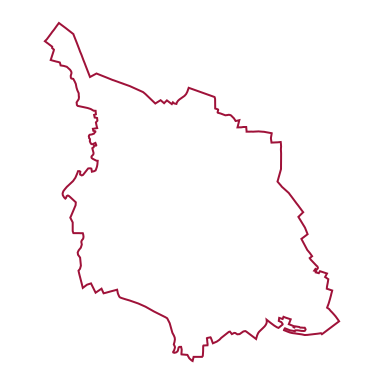 the district of Nam Tu Liem, Ha Noi, Vietnam
{"feature_id": "81297802B23821385944469", "entity_name": "Nam Tu Liem", "entity_type": "district", "adm_level": 2, "iso_a3": "VNM", "parent_name": "Vietnam", "parent_adm1": "Ha Noi", "projection": "albers", "projection_center": [105.76, 21.018], "detail": "fine", "context": "isolated", "style": "outline", "palette": "rose", "viewbox_px": 384, "rotation_deg": 0, "n_neighbors": 0, "source": "geoboundaries", "source_scale": "gbopen_adm2", "svg_char_len": 5706}
<svg xmlns="http://www.w3.org/2000/svg" viewBox="0 0 384 384"><path d="M58.9,23.0L56.6,26.1L54.1,29.6L53.3,30.6L52.1,32.1L51.2,33.4L50.0,35.0L46.8,39.3L44.9,41.2L52.2,46.7L52.1,48.0L53.9,49.6L53.7,50.8L50.7,60.0L52.0,60.4L56.8,61.7L57.9,61.9L59.8,62.5L60.2,63.7L60.6,65.4L61.1,65.5L63.7,65.9L66.8,66.8L70.1,69.8L71.2,71.5L71.5,72.9L71.3,73.9L70.7,75.9L70.9,77.8L71.4,78.5L73.3,78.9L74.7,81.5L75.8,83.9L76.5,87.6L77.4,90.4L78.7,93.2L78.8,96.3L79.0,96.9L78.7,99.2L77.7,100.7L76.6,102.4L76.9,105.0L77.7,105.9L80.1,106.4L83.9,107.2L87.6,108.0L90.7,109.0L93.6,110.7L95.6,110.8L95.9,114.3L94.1,114.9L94.6,117.1L94.7,117.5L94.9,117.5L97.1,118.0L97.4,120.7L96.7,121.5L95.9,122.4L95.9,122.5L96.5,125.4L96.9,127.0L97.2,128.1L95.3,128.4L93.8,128.7L92.9,128.8L93.3,130.8L95.3,131.3L95.4,131.6L95.3,132.0L94.7,132.5L94.0,133.6L91.9,134.4L90.1,134.7L89.6,134.8L89.0,135.6L88.8,136.3L89.1,137.3L89.1,138.1L89.9,139.0L90.0,140.0L89.8,141.1L90.0,141.8L90.8,143.4L91.3,144.0L92.3,144.3L95.4,142.9L96.3,145.2L95.9,145.7L94.1,145.7L94.1,145.9L93.6,147.3L92.3,148.2L92.7,149.8L93.5,152.7L93.5,153.8L93.2,154.6L91.7,156.2L91.4,157.0L91.7,158.0L92.7,158.8L96.4,160.7L97.7,160.8L97.6,161.8L97.4,164.3L97.0,166.5L96.1,169.2L96.0,169.3L95.6,170.4L94.1,171.2L91.9,171.7L91.5,169.2L91.3,168.6L90.2,168.3L89.2,168.3L88.1,168.5L86.9,170.0L83.2,174.7L82.7,175.1L81.7,175.4L80.1,174.5L80.2,172.1L80.3,171.6L79.4,171.1L78.0,171.2L77.4,173.0L75.4,177.7L73.1,181.0L66.8,186.9L64.7,189.4L63.3,191.3L62.6,193.4L62.8,195.2L64.1,197.4L65.3,198.6L65.9,198.1L66.7,196.1L67.9,195.5L68.9,196.0L70.1,197.0L75.8,202.3L75.6,205.2L71.1,215.9L70.7,216.7L70.3,217.7L72.7,222.4L72.7,231.1L73.4,233.1L82.8,233.2L83.2,234.5L83.5,236.4L83.4,237.7L83.1,238.8L82.0,240.1L81.5,241.1L81.3,242.0L81.5,242.8L81.8,244.6L80.8,247.7L78.7,250.3L77.7,252.4L78.0,254.7L80.1,257.6L80.9,265.7L80.0,268.8L78.5,270.7L79.3,274.2L81.7,283.5L82.8,287.9L87.0,284.7L91.0,283.4L95.6,292.7L101.5,288.7L103.6,293.3L105.7,292.8L111.1,291.3L115.3,290.2L117.1,289.7L117.3,290.6L117.9,293.5L119.0,296.1L119.4,296.8L120.2,297.5L122.1,298.2L123.7,298.7L124.6,299.0L129.7,300.5L138.3,303.5L145.5,306.7L154.0,311.5L160.8,314.9L165.4,317.2L167.2,318.3L169.7,323.2L171.4,329.3L172.4,332.8L173.9,335.6L174.7,337.6L174.9,339.4L174.5,342.0L173.9,344.0L173.8,344.6L174.3,345.3L175.0,347.1L174.7,348.5L174.0,350.6L173.2,351.7L173.2,352.4L173.6,352.6L174.5,352.8L176.1,352.4L177.5,351.4L178.1,349.9L178.5,347.9L178.9,347.2L179.5,346.9L181.1,346.9L181.7,349.6L181.6,351.5L181.4,353.9L181.5,354.4L187.4,354.9L189.3,358.3L191.7,360.5L192.6,361.0L193.6,356.9L202.0,356.9L202.8,355.9L203.1,351.6L203.2,346.0L203.5,345.5L207.5,345.3L207.6,344.2L207.3,341.9L207.2,340.5L207.1,339.5L206.9,338.2L207.1,338.0L210.5,337.3L210.7,337.5L211.2,338.8L211.6,339.7L212.5,342.3L212.9,343.3L216.8,341.6L219.5,339.7L221.2,337.9L228.8,331.9L229.9,331.6L231.9,334.1L234.2,332.9L235.3,333.0L237.3,334.3L239.6,334.1L243.3,331.5L244.4,331.2L245.5,331.1L246.7,331.9L256.1,339.0L256.3,338.3L257.1,335.5L258.1,333.2L259.0,331.9L260.5,330.4L262.8,328.2L264.7,326.3L265.9,324.6L266.6,323.0L266.8,321.2L266.6,319.7L270.9,323.1L274.4,325.7L277.0,327.3L278.5,327.9L281.8,325.2L282.6,324.5L282.5,323.7L281.3,322.1L278.8,321.0L278.8,320.6L279.2,317.9L282.6,319.0L283.2,317.5L283.5,316.8L285.5,317.6L290.7,319.3L288.8,324.2L290.1,324.7L293.4,326.0L293.5,327.2L294.4,327.5L295.0,326.3L299.3,327.0L300.2,327.6L301.7,327.6L304.0,327.8L304.7,327.7L305.2,328.4L305.6,329.4L305.3,330.1L304.8,330.8L304.0,331.0L301.6,330.9L297.6,330.3L295.3,330.3L294.9,331.2L292.3,330.7L290.0,330.3L288.2,329.6L285.0,328.3L284.5,329.0L284.2,329.5L284.0,330.2L285.6,330.8L287.5,331.6L289.9,332.5L292.5,333.1L294.2,333.3L294.9,333.4L301.9,334.4L304.6,335.0L305.2,335.0L307.3,334.9L315.0,334.0L317.7,333.7L321.0,333.2L321.9,334.2L323.3,333.2L339.1,321.3L338.2,320.0L337.3,318.7L335.4,316.1L334.9,315.6L334.6,315.2L334.1,314.6L333.8,314.3L332.2,312.5L331.4,311.7L331.0,311.3L330.2,310.4L329.9,310.0L329.6,309.7L329.2,309.1L327.1,307.7L327.6,306.3L328.6,303.7L330.0,299.0L331.0,295.3L331.1,294.8L331.3,293.9L331.5,293.2L331.7,292.4L331.9,291.8L332.2,290.5L326.8,288.7L326.9,288.0L326.9,287.3L327.1,286.0L327.7,283.0L328.3,279.2L325.1,277.0L327.0,273.5L320.0,271.2L318.8,273.2L315.8,272.4L316.2,271.3L314.2,270.7L315.5,268.9L316.3,269.4L317.0,269.2L317.7,268.5L317.9,267.8L317.4,266.5L316.7,265.9L315.9,265.1L310.7,259.6L309.7,258.1L312.1,256.2L309.9,253.1L307.3,250.0L301.4,238.9L306.3,235.2L307.6,234.2L305.0,227.7L298.4,216.9L303.2,212.2L302.7,211.6L301.5,210.0L298.2,205.5L296.4,203.2L294.7,200.9L294.1,200.1L291.2,196.2L290.1,194.8L288.8,193.0L281.7,186.6L281.3,186.0L277.5,181.6L281.0,169.1L281.1,155.1L281.1,153.2L280.9,149.5L281.0,147.5L281.1,146.8L280.9,143.6L280.7,142.0L278.0,142.3L271.5,142.6L270.9,138.1L271.7,133.4L271.7,133.2L265.6,132.1L264.0,131.8L262.3,131.7L258.5,131.4L252.7,131.7L251.2,131.6L249.2,131.7L246.6,131.7L246.6,131.4L246.2,127.0L245.4,127.0L243.3,127.0L241.3,127.3L237.5,127.4L239.3,120.2L237.7,120.6L235.6,121.0L234.0,118.4L231.0,115.4L229.8,114.9L229.7,114.9L228.6,114.8L227.1,115.1L226.5,115.1L225.6,115.3L225.1,115.2L220.6,113.5L218.0,112.8L217.7,112.6L217.6,112.3L217.7,111.9L218.2,109.9L218.1,109.6L217.9,109.4L215.2,108.5L215.1,99.0L214.7,97.3L214.5,97.0L188.7,87.8L187.3,91.8L186.1,94.1L184.5,95.9L182.5,97.3L179.4,99.5L178.0,100.8L177.1,102.1L176.6,103.2L176.4,103.9L174.1,103.4L172.9,102.3L171.8,104.1L166.9,100.4L164.1,103.2L160.6,100.2L155.3,103.5L145.4,94.0L143.1,92.1L129.8,86.1L123.9,84.0L113.1,80.1L112.9,80.1L107.0,77.7L102.2,75.8L96.5,73.5L90.0,77.0L85.7,65.9L84.6,63.0L83.5,60.3L81.5,54.9L80.1,51.6L79.3,49.4L76.9,43.1L73.6,34.8L73.4,34.1L65.6,28.0L58.9,23.0Z" fill="none" stroke="#9f1239" stroke-width="2"/></svg>